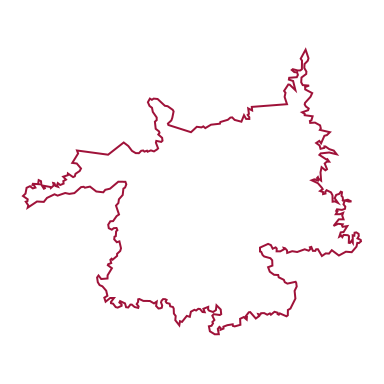 outline of Guarapuava, Paraná, Brazil
{"feature_id": "56859067B420876687995", "entity_name": "Guarapuava", "entity_type": "district", "adm_level": 2, "iso_a3": "BRA", "parent_name": "Brazil", "parent_adm1": "Paraná", "projection": "albers", "projection_center": [-51.486, -25.326], "detail": "fine", "context": "isolated", "style": "outline", "palette": "rose", "viewbox_px": 384, "rotation_deg": 0, "n_neighbors": 0, "source": "geoboundaries", "source_scale": "gbopen_adm2", "svg_char_len": 6025}
<svg xmlns="http://www.w3.org/2000/svg" viewBox="0 0 384 384"><path d="M77.0,150.5L78.1,153.5L72.3,162.9L76.8,163.5L81.0,168.5L79.7,171.0L75.5,173.8L74.8,176.3L73.1,177.1L67.9,173.5L67.8,175.2L63.2,176.7L66.0,179.6L63.3,181.1L63.6,183.6L60.2,185.0L57.8,183.1L57.1,185.1L58.0,186.8L55.5,186.0L54.4,183.3L53.2,183.0L53.8,185.4L50.8,188.1L50.4,187.0L43.9,185.8L44.9,188.2L43.9,188.7L41.3,184.6L41.0,181.2L38.7,180.1L38.2,183.2L39.0,184.2L32.9,183.8L32.5,184.9L34.0,185.2L35.4,187.6L32.8,188.4L30.0,186.2L26.6,187.8L25.5,193.6L23.0,196.0L27.7,199.3L27.4,201.2L25.8,201.7L28.3,205.4L27.7,207.7L37.0,201.5L43.8,201.9L47.0,197.9L54.5,194.3L57.6,195.6L65.2,193.0L69.3,193.9L74.4,193.1L81.1,187.1L83.7,186.8L84.9,187.7L90.0,186.6L96.3,191.5L103.3,192.3L105.3,189.8L110.0,188.7L118.3,181.7L125.4,181.8L126.3,184.3L125.1,187.5L123.4,188.6L122.7,195.0L118.9,199.3L118.4,203.0L116.0,205.6L119.0,214.5L116.6,216.1L113.1,221.1L110.3,221.3L108.2,224.7L108.8,228.2L111.8,229.7L113.7,228.2L116.5,228.0L117.4,230.1L116.1,231.4L115.8,236.1L114.5,236.7L114.2,239.3L116.8,242.2L119.4,241.4L121.0,248.3L120.2,251.0L117.1,253.8L117.1,255.9L112.6,259.7L111.6,258.7L110.4,259.8L111.2,263.1L108.2,264.2L107.8,265.2L111.9,268.2L107.6,275.3L107.5,278.5L101.2,279.0L98.5,275.5L97.1,277.5L97.8,282.2L99.6,285.1L102.4,286.3L106.2,290.7L107.4,295.8L104.3,297.7L105.6,301.7L110.2,298.0L114.0,298.0L110.9,302.0L111.0,303.2L113.1,303.7L115.7,307.1L117.7,307.6L121.6,305.8L121.6,304.4L119.4,302.5L120.1,301.1L125.0,303.4L126.1,307.2L128.2,307.5L130.4,304.6L131.8,304.6L134.6,307.0L138.2,307.9L138.6,306.4L136.7,304.1L138.1,301.9L138.2,299.3L139.3,299.0L143.3,300.9L149.9,301.0L154.0,303.4L156.7,301.6L156.1,306.0L158.5,308.5L160.3,308.3L161.8,307.7L162.2,305.5L161.0,302.4L161.6,300.7L163.1,299.1L165.2,299.2L166.6,299.9L165.7,301.6L166.7,303.0L169.6,303.7L170.2,306.3L172.9,307.0L173.7,308.5L173.9,313.6L175.7,316.0L175.3,320.2L179.3,325.3L180.0,321.2L182.0,321.9L186.8,315.9L189.8,316.8L190.9,311.7L194.4,309.8L196.1,310.5L198.3,308.8L200.0,309.0L202.5,312.0L204.7,312.2L203.4,308.8L208.2,306.9L208.1,309.5L209.2,310.7L213.1,312.0L215.9,310.1L216.5,305.3L220.7,309.5L221.2,314.1L219.8,315.0L213.7,314.2L212.3,315.7L214.4,320.0L212.4,322.0L213.0,323.4L211.5,325.8L208.9,326.3L209.9,331.3L214.8,334.3L218.8,334.2L217.8,328.9L219.4,326.9L220.5,327.8L220.5,329.8L223.5,328.6L223.4,326.7L227.3,325.2L232.7,324.3L232.9,325.9L234.7,326.4L240.4,324.8L240.1,318.8L243.7,317.1L246.7,319.6L246.9,316.9L245.3,316.8L248.8,312.3L250.2,312.1L255.8,318.5L259.1,316.1L258.2,314.1L260.3,314.6L261.1,313.2L264.2,313.1L267.2,314.7L269.9,313.4L270.9,314.7L274.5,311.8L277.6,312.7L277.6,314.1L278.8,314.7L279.8,313.4L286.5,316.3L287.8,315.3L287.9,310.0L290.4,308.6L295.4,298.6L294.6,290.9L296.7,286.5L296.2,282.9L295.6,281.8L287.4,283.6L284.8,282.2L283.8,279.8L278.7,277.3L278.2,275.0L274.1,274.8L269.8,271.7L268.1,267.2L272.4,265.6L272.2,260.3L270.4,258.2L264.2,256.5L262.6,255.0L261.2,251.8L260.0,251.5L260.0,247.6L268.1,243.9L270.9,245.1L272.7,248.7L275.6,247.4L276.7,248.5L276.6,251.3L280.4,251.3L284.2,249.2L283.7,247.9L285.1,248.3L287.0,250.4L287.2,252.9L292.2,251.2L297.2,252.0L304.7,249.3L308.7,250.7L310.5,248.9L309.9,247.3L311.3,246.9L312.9,250.9L315.3,250.9L316.1,249.3L317.9,249.2L321.9,256.0L325.7,253.4L329.0,253.6L331.8,250.2L338.9,255.5L345.9,251.7L351.7,252.2L356.5,246.6L357.3,242.9L358.9,243.1L361.0,241.3L360.7,239.9L357.5,238.4L358.8,236.0L358.6,233.9L356.3,232.4L354.6,232.7L354.3,235.7L352.7,235.3L352.8,242.8L351.5,240.8L349.9,243.0L348.8,242.8L349.0,236.2L347.8,235.2L343.6,234.9L342.3,237.1L341.3,235.6L339.3,236.7L340.7,232.4L343.6,232.0L347.3,226.1L342.6,226.8L342.0,225.5L342.7,224.3L338.2,223.8L333.6,225.9L338.8,219.3L343.5,219.3L342.2,215.5L343.1,212.9L340.0,214.2L335.8,214.2L337.4,211.4L336.2,210.9L337.0,209.3L342.0,209.9L345.0,208.8L345.3,206.6L343.5,204.3L344.8,200.4L343.0,200.5L342.7,197.2L341.5,195.8L342.0,192.2L340.8,191.7L339.2,193.9L336.2,194.9L334.7,198.2L338.0,202.9L334.9,201.4L332.6,201.7L332.5,195.3L331.0,192.4L326.6,190.2L325.3,191.9L325.5,193.5L323.1,194.1L323.1,192.1L320.1,191.0L322.7,189.1L321.9,187.8L317.9,183.2L311.7,180.3L314.3,179.3L318.0,180.6L318.5,178.7L321.1,180.6L320.5,172.4L321.6,167.2L325.4,170.3L327.0,169.2L324.7,163.5L326.8,161.7L329.2,161.7L327.3,159.1L326.4,159.5L319.4,154.9L320.7,153.4L329.2,152.5L336.7,154.3L333.8,150.6L329.2,149.1L325.5,146.5L324.4,146.4L324.3,147.9L320.5,148.8L319.6,145.5L316.2,143.0L319.3,140.9L321.1,143.3L324.4,135.8L326.9,135.1L329.9,132.2L319.9,129.9L320.8,128.4L320.1,125.4L315.0,122.6L310.2,122.9L309.9,121.0L311.4,120.3L312.6,116.3L304.7,115.2L304.7,113.9L302.1,112.3L308.1,110.2L308.7,108.5L305.9,106.5L304.7,104.5L305.0,102.9L310.5,96.8L312.2,93.1L305.2,89.4L305.1,87.0L309.1,85.6L302.7,85.1L301.2,82.3L301.5,77.5L306.2,74.0L306.4,71.6L304.3,68.0L304.5,64.1L307.7,60.8L308.5,58.3L305.6,49.7L300.7,58.7L302.0,60.6L301.9,69.2L300.4,70.4L297.8,70.5L292.8,69.2L291.8,70.0L294.3,72.1L297.1,72.4L297.9,74.9L296.8,77.2L289.2,77.8L288.9,79.6L293.1,81.0L295.4,90.2L289.7,84.7L288.3,84.5L284.1,90.9L285.5,92.8L284.6,96.9L287.0,104.2L251.8,106.9L252.1,110.4L248.2,108.4L248.9,113.9L247.7,114.9L249.3,117.2L249.3,119.0L246.1,118.9L244.0,115.2L241.4,121.7L234.6,119.9L232.2,117.4L230.4,117.6L227.8,119.8L220.4,122.0L219.9,123.7L211.0,124.7L205.3,128.1L203.3,126.4L201.5,127.4L196.8,126.8L191.0,132.2L168.4,125.0L167.9,123.6L171.3,120.5L172.3,117.8L173.6,111.4L172.7,109.8L167.6,106.2L164.9,105.8L157.6,99.0L153.7,98.6L151.9,99.8L149.9,98.6L147.9,102.2L149.5,105.9L152.0,107.8L152.8,111.9L156.7,117.5L156.7,120.1L154.9,121.7L155.7,128.8L159.0,131.4L159.5,132.8L158.3,134.5L162.1,137.8L162.5,140.7L161.2,141.9L156.3,140.9L155.9,142.7L158.1,148.4L157.1,149.4L154.0,151.4L150.9,150.4L147.6,151.7L147.0,150.7L144.4,151.6L143.2,150.5L141.2,150.8L138.9,153.2L135.7,153.1L132.0,150.9L128.3,146.0L123.7,142.5L108.1,154.7L77.0,150.5ZM318.5,178.7L317.1,178.0L317.9,177.1L318.5,178.7ZM344.8,200.4L348.9,201.6L351.4,201.5L347.8,199.7L344.8,200.4Z" fill="none" stroke="#9f1239" stroke-width="2"/></svg>